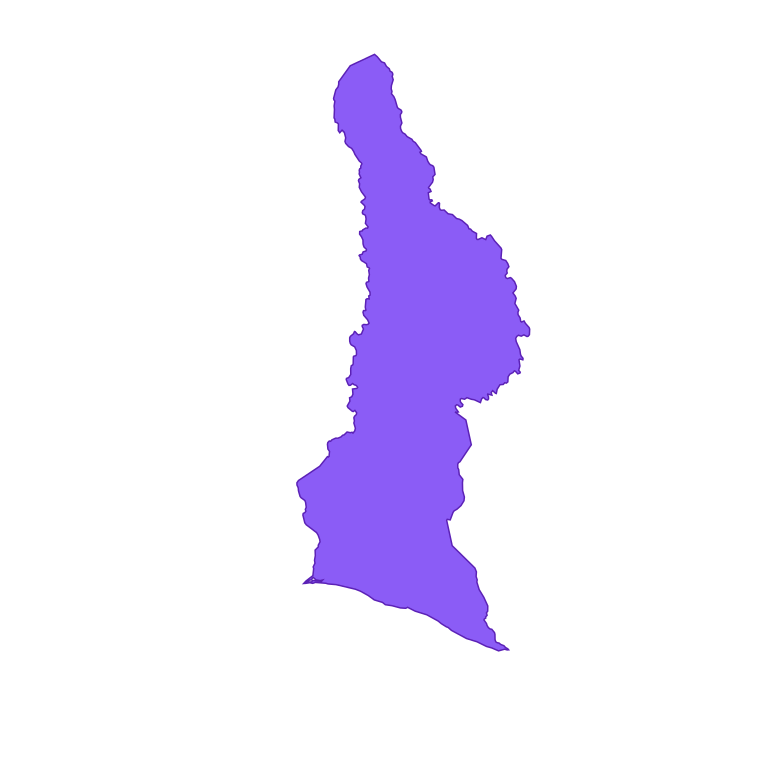 outline of Guararé, Los Santos, Panama, rotated 150°
{"feature_id": "35544464B687818134367", "entity_name": "Guararé", "entity_type": "district", "adm_level": 2, "iso_a3": "PAN", "parent_name": "Panama", "parent_adm1": "Los Santos", "projection": "equal_earth", "projection_center": [-80.366, 7.776], "detail": "fine", "context": "isolated", "style": "filled", "palette": "violet", "viewbox_px": 768, "rotation_deg": 150, "n_neighbors": 0, "source": "geoboundaries", "source_scale": "gbopen_adm2", "svg_char_len": 6164}
<svg xmlns="http://www.w3.org/2000/svg" viewBox="0 0 768 768"><g transform="rotate(150 384 384)"><path d="M553.3,251.4L551.4,250.5L549.5,251.4L547.1,251.5L544.4,250.7L543.2,251.7L541.9,251.7L540.8,248.3L537.5,245.6L535.1,244.9L536.9,244.3L543.5,249.2L544.6,249.4L545.5,248.7L549.1,250.7L550.4,250.1L547.6,249.0L545.4,247.0L542.7,246.5L534.0,240.5L532.4,238.8L525.8,234.2L511.3,220.5L508.1,216.5L503.4,208.7L500.4,201.9L494.5,195.6L493.2,192.2L487.9,188.0L481.8,181.9L477.3,178.9L475.2,178.8L470.6,171.7L462.3,162.7L455.7,151.8L454.2,147.8L451.4,142.5L450.2,141.1L448.8,136.9L439.8,122.3L432.3,114.2L426.5,105.5L422.7,101.6L418.2,95.6L412.1,94.0L410.3,92.1L409.0,91.5L409.2,92.8L410.5,95.0L411.0,97.4L413.2,100.2L413.8,102.0L415.5,103.6L416.1,104.9L415.6,107.2L413.1,111.7L412.6,113.5L413.3,117.7L414.6,118.8L415.4,120.8L415.5,123.2L415.0,125.4L415.4,129.6L414.7,130.3L412.9,130.4L412.4,131.5L410.4,132.1L409.7,134.6L407.8,135.4L405.1,139.9L404.2,149.4L404.4,158.3L402.6,166.1L401.2,167.8L400.5,171.2L397.9,175.1L397.3,179.2L405.8,209.9L397.9,234.6L396.9,235.2L394.6,233.2L388.4,238.3L386.6,239.1L383.3,239.1L378.1,240.2L373.1,242.9L370.9,245.9L369.2,252.4L365.4,259.3L363.4,262.0L364.2,267.8L362.1,272.5L362.0,274.5L360.3,277.6L359.0,278.6L357.1,278.7L338.8,287.7L331.1,311.9L336.5,324.3L335.5,323.3L333.6,322.6L334.0,327.2L333.2,329.3L331.4,329.7L330.6,328.9L329.5,325.9L327.2,325.5L326.0,326.7L326.7,329.7L326.5,331.1L325.5,332.7L324.2,332.7L321.8,330.5L319.0,330.7L316.0,327.1L313.7,325.2L309.8,319.7L306.9,322.3L305.0,322.8L304.4,322.1L303.7,319.6L302.2,318.3L300.9,318.8L299.9,320.7L299.6,323.0L299.2,323.4L296.1,320.4L295.5,323.0L293.2,323.9L292.1,320.2L291.5,319.6L288.6,322.9L283.9,325.4L281.0,324.0L278.8,324.7L277.6,323.6L275.7,323.9L272.9,328.2L270.1,329.6L266.6,329.4L264.5,330.2L263.8,329.3L263.1,325.9L260.8,325.5L260.1,326.1L260.5,328.5L257.3,331.6L255.0,337.4L254.3,337.7L253.3,337.3L251.7,335.5L251.0,336.2L250.8,337.5L251.2,339.2L251.0,341.3L249.2,345.8L248.3,354.5L247.2,357.6L245.3,358.8L243.2,359.0L241.2,356.8L238.3,356.6L236.4,353.6L235.3,353.3L233.4,354.0L230.4,358.7L230.1,360.4L231.2,365.8L231.2,368.6L233.8,368.9L234.3,369.8L233.1,373.1L233.2,377.1L232.1,379.2L230.4,380.6L230.4,388.3L226.7,392.1L226.4,394.6L226.8,398.4L222.0,400.3L220.5,402.4L219.8,407.4L220.7,411.9L221.4,413.0L224.4,413.6L225.2,414.8L225.2,416.1L224.6,417.5L221.8,418.5L221.3,420.2L220.1,421.9L217.2,423.1L216.6,426.4L216.8,430.1L219.6,433.0L219.8,434.4L214.9,441.5L214.7,443.3L216.7,452.8L217.0,458.0L217.4,459.9L220.8,460.5L223.7,458.2L226.1,461.7L230.3,462.1L231.1,462.7L231.1,464.1L228.6,468.1L231.1,472.2L231.6,474.9L232.8,475.9L232.3,479.5L234.8,486.6L236.3,489.0L238.4,491.0L240.0,496.5L243.4,499.4L244.9,504.6L247.3,505.7L248.2,506.8L247.8,509.3L245.6,512.7L245.8,513.5L246.3,513.8L250.6,512.7L251.4,513.5L253.4,517.8L253.0,518.6L250.6,518.4L250.5,519.6L252.3,520.5L252.5,521.7L250.0,527.5L247.0,527.2L246.6,529.8L247.3,530.9L247.2,531.9L241.1,534.5L239.2,536.4L238.2,539.0L235.0,540.0L232.4,546.8L232.6,548.6L234.2,550.7L234.6,552.0L234.7,555.1L233.8,559.4L237.0,565.0L237.0,566.8L235.3,566.7L235.1,567.8L236.2,577.4L237.4,579.7L237.5,582.0L240.3,586.7L240.8,589.9L242.1,592.1L242.4,593.8L241.9,597.0L240.8,599.1L238.0,601.1L236.4,606.8L235.1,609.2L233.1,610.1L232.3,611.2L232.3,612.9L233.8,615.4L234.1,616.9L232.1,624.9L231.8,628.0L232.4,631.6L230.8,633.4L230.2,636.0L228.4,638.7L223.9,642.9L223.1,646.3L221.7,647.5L221.2,648.8L221.2,650.0L222.3,652.0L221.8,654.3L223.1,657.8L223.0,661.8L225.1,664.3L226.2,670.8L227.4,674.2L254.1,676.5L272.1,668.4L273.4,666.2L275.2,664.3L278.7,662.8L284.9,656.5L285.3,655.2L285.1,653.6L288.2,649.7L289.6,646.6L294.2,639.4L294.1,638.1L295.3,635.3L293.8,633.4L293.5,632.0L296.9,626.4L296.7,623.7L293.4,624.8L293.0,624.2L293.1,622.8L292.5,622.0L294.1,616.3L296.5,613.6L296.9,611.5L296.0,607.4L294.2,604.2L294.0,600.6L294.4,597.2L293.9,589.4L293.0,586.8L293.1,585.7L295.1,584.4L296.2,582.6L297.5,582.5L298.6,581.5L299.3,579.8L300.5,578.3L300.9,574.1L303.5,573.8L304.5,572.8L305.0,569.6L307.1,566.7L307.4,561.7L306.6,555.1L308.0,553.9L312.3,553.5L313.0,553.0L311.8,548.8L311.7,547.2L313.4,545.2L315.7,544.8L317.2,543.1L317.3,541.8L316.0,540.0L315.9,538.8L317.0,535.9L319.8,532.4L319.2,528.0L320.3,527.2L321.7,528.1L325.4,528.1L326.2,527.5L328.8,528.2L330.2,526.0L329.9,522.8L330.2,519.3L332.1,515.8L332.6,513.9L332.8,512.4L331.9,509.6L332.1,508.9L333.2,508.2L335.9,508.9L338.1,507.3L340.7,508.0L341.4,507.6L341.1,505.9L341.9,504.2L341.8,502.2L339.0,497.0L340.0,493.8L338.7,491.8L338.8,491.2L340.4,490.1L342.0,486.0L344.4,483.5L345.9,480.3L348.3,480.8L349.4,479.9L350.2,476.5L350.2,470.6L351.5,468.0L353.2,467.9L354.3,465.1L356.0,466.3L357.4,466.2L361.8,459.9L362.8,457.0L363.4,456.9L365.0,457.8L366.3,456.7L367.2,453.6L366.1,447.9L366.5,444.2L368.0,443.7L369.5,444.1L371.7,445.7L373.5,445.7L374.1,444.8L374.3,441.9L378.6,438.6L381.5,439.3L382.2,440.6L382.8,443.7L383.3,444.2L385.4,442.7L389.3,442.1L390.6,441.2L392.3,438.2L392.9,436.0L392.8,434.3L390.8,430.8L391.2,426.8L393.0,423.4L394.1,422.6L396.3,423.2L397.0,422.8L400.6,416.9L401.5,416.2L403.2,416.2L405.2,413.9L408.0,408.9L411.4,407.2L413.7,407.6L414.5,406.7L415.2,401.9L415.0,400.3L413.7,399.7L410.9,400.1L410.2,398.2L408.9,396.9L408.4,395.0L408.6,394.1L409.8,393.8L413.8,395.4L416.0,390.7L418.3,389.1L420.7,389.3L422.1,386.2L426.9,383.3L427.0,381.5L425.1,376.2L424.3,375.5L422.4,375.7L422.1,372.7L423.2,371.4L425.7,370.8L427.0,369.8L428.1,366.8L429.6,365.3L430.9,360.0L432.8,358.0L435.4,357.0L435.8,358.2L437.4,358.6L440.0,360.9L444.0,359.9L445.5,360.3L447.6,359.7L451.0,360.1L453.0,361.3L457.1,361.7L458.9,361.1L459.9,362.0L461.9,361.4L463.1,360.1L465.1,355.7L464.9,352.8L467.8,348.8L468.7,348.6L469.3,349.4L480.8,344.9L506.3,343.2L508.8,342.0L509.9,340.0L510.2,337.0L511.5,334.2L512.9,328.6L512.7,327.0L510.8,322.7L511.1,320.7L513.0,316.1L514.8,314.8L515.3,312.9L516.8,312.2L518.7,312.3L519.8,311.0L522.0,303.4L521.7,300.9L516.7,289.0L516.6,286.2L517.4,281.6L518.3,279.3L521.5,277.3L522.3,275.8L526.7,274.6L529.3,269.7L532.3,266.1L533.4,263.3L536.8,261.0L537.2,259.3L541.4,253.6L550.1,252.4L553.3,251.4Z" fill="#8b5cf6" stroke="#5b21b6" stroke-width="1.5"/></g></svg>